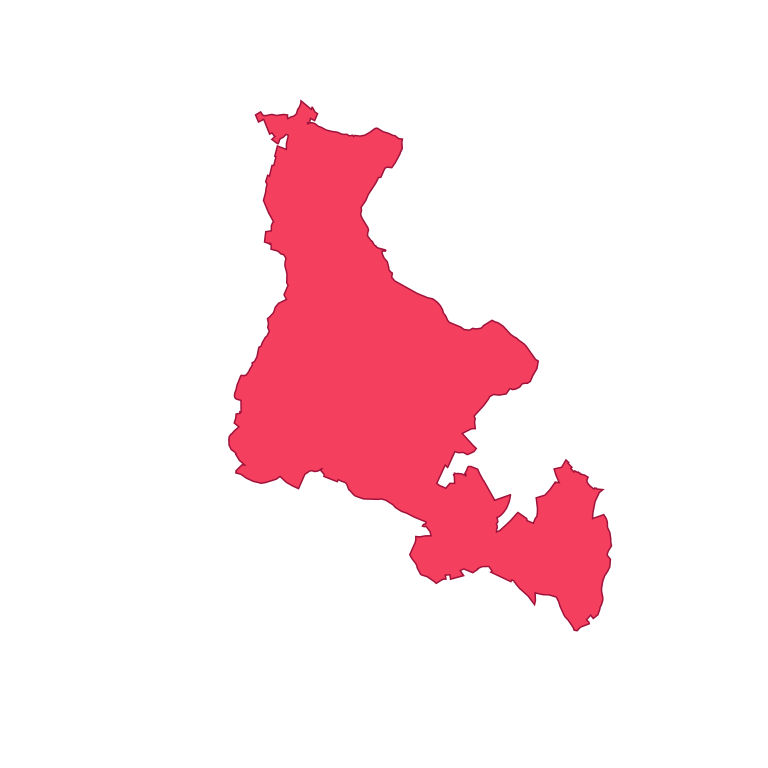 outline of Band, Mures, Romania, rotated 160°
{"feature_id": "2599482B93792228278876", "entity_name": "Band", "entity_type": "district", "adm_level": 2, "iso_a3": "ROU", "parent_name": "Romania", "parent_adm1": "Mures", "projection": "orthographic", "projection_center": [24.34, 46.58], "detail": "fine", "context": "isolated", "style": "filled", "palette": "rose", "viewbox_px": 768, "rotation_deg": 160, "n_neighbors": 0, "source": "geoboundaries", "source_scale": "gbopen_adm2", "svg_char_len": 6158}
<svg xmlns="http://www.w3.org/2000/svg" viewBox="0 0 768 768"><g transform="rotate(160 384 384)"><path d="M412.3,673.1L406.5,673.8L406.0,657.9L403.3,658.2L402.4,654.8L401.8,653.9L405.8,652.2L402.1,646.6L401.5,646.0L400.8,646.4L398.0,649.8L394.1,650.4L390.7,651.9L389.2,651.0L389.1,650.0L393.5,643.2L395.5,637.8L402.8,644.1L408.8,635.3L407.9,634.4L412.8,627.1L414.5,627.7L420.5,618.6L421.9,619.9L426.1,614.4L425.4,611.9L427.7,608.5L429.7,604.6L434.5,597.7L433.9,584.2L432.3,574.3L433.2,573.9L435.6,571.5L437.5,566.5L443.0,567.6L447.7,558.3L444.9,556.0L443.2,555.2L443.8,554.7L443.6,554.4L442.4,554.3L443.1,551.3L444.1,549.3L438.8,545.6L437.6,544.1L436.4,541.5L434.1,539.9L433.1,535.8L435.4,532.1L436.8,528.5L437.1,523.8L437.8,519.8L440.8,512.5L440.4,509.6L447.4,502.1L446.7,496.8L455.5,495.9L459.8,493.4L463.1,489.2L464.2,488.4L468.7,486.1L471.1,485.3L472.0,480.0L473.8,477.2L473.9,474.7L473.6,473.1L477.3,469.3L479.6,468.4L484.2,464.5L486.7,461.5L488.7,461.4L489.6,460.4L494.1,453.0L498.0,449.4L500.7,449.0L501.1,447.3L501.7,446.4L505.3,443.6L506.7,442.0L510.4,439.6L512.9,439.8L515.2,441.0L516.4,440.0L522.4,433.3L525.0,429.3L527.5,426.3L528.5,424.3L528.8,422.0L527.8,420.2L524.0,417.5L527.8,406.7L528.9,407.3L529.3,405.7L533.2,406.4L535.1,402.5L538.1,398.6L535.0,393.4L540.8,391.1L544.8,388.9L545.0,389.1L547.3,387.6L548.7,385.1L550.5,379.5L550.0,374.7L547.3,370.7L546.9,369.1L547.4,368.9L546.0,361.7L542.7,355.6L545.1,356.6L552.7,353.1L553.6,351.1L549.4,348.2L545.5,342.6L540.2,337.3L533.3,332.7L528.9,331.9L517.8,331.4L513.3,332.7L509.4,325.0L504.6,319.3L500.1,314.9L489.3,326.2L483.1,327.7L481.2,327.0L479.0,325.4L475.4,324.8L471.5,325.7L471.2,325.5L473.1,324.6L471.1,319.5L472.1,317.7L461.3,308.2L459.6,309.7L457.1,307.1L454.2,304.8L453.3,302.6L453.2,296.6L452.4,295.5L450.4,290.4L449.3,288.6L442.5,283.0L428.9,277.6L425.6,276.8L422.1,274.2L417.1,267.8L415.3,263.7L411.1,258.3L407.0,255.0L401.1,248.6L391.6,239.9L392.3,238.7L393.0,238.2L394.0,238.7L395.4,238.2L396.5,237.3L395.0,236.2L393.1,235.7L391.2,229.5L391.7,225.3L397.3,227.2L402.6,228.1L406.3,229.8L407.2,227.1L408.8,224.5L418.2,214.8L417.4,210.0L415.6,204.6L415.3,201.8L415.7,200.2L414.7,192.9L414.2,191.9L409.4,188.2L404.7,181.7L403.1,178.8L395.5,180.4L392.5,179.5L391.8,183.4L387.3,182.2L388.2,177.8L374.7,176.7L376.2,182.7L372.3,182.9L365.1,176.3L359.2,177.8L359.2,178.4L355.5,178.8L353.9,178.7L348.4,176.9L347.9,176.6L346.4,171.4L348.0,170.7L332.4,154.9L330.8,156.2L329.3,154.5L328.4,150.8L326.5,145.6L321.1,135.5L318.0,125.2L315.7,128.9L313.5,136.0L306.5,131.6L301.0,129.4L294.9,124.8L294.3,119.2L294.6,115.0L293.9,105.7L293.5,103.4L291.7,99.1L290.0,92.6L289.5,89.8L289.5,87.6L286.9,86.1L282.6,88.3L273.1,88.5L272.9,90.0L274.3,93.2L268.9,96.1L267.6,92.1L261.9,94.0L258.4,98.3L257.4,100.1L255.3,102.1L252.3,106.1L251.4,108.6L250.5,114.6L249.6,117.3L246.0,123.7L242.3,128.3L238.1,131.3L234.3,135.0L231.2,141.8L232.7,146.4L232.6,147.5L230.2,150.5L225.6,154.1L225.0,157.8L223.8,161.3L222.6,167.1L223.0,172.9L221.3,178.1L221.2,181.7L222.2,186.1L234.0,186.2L231.9,191.2L225.9,201.3L218.8,208.4L214.4,209.9L219.9,212.5L219.9,213.2L221.5,214.2L222.4,213.5L222.9,213.8L225.2,217.6L226.2,220.0L226.7,222.3L226.1,224.4L224.1,226.6L226.7,229.8L230.0,232.0L229.7,232.2L231.6,234.8L232.2,234.5L234.4,237.1L235.5,236.3L237.4,240.7L235.9,241.4L238.2,246.6L237.3,247.0L239.0,250.4L245.5,245.0L253.2,246.0L253.6,240.0L253.1,231.3L256.3,233.1L256.3,232.6L256.6,232.3L257.1,232.9L264.6,227.7L270.9,224.5L279.9,225.0L282.3,214.7L283.9,210.6L285.7,207.2L287.7,206.1L291.3,202.1L296.4,206.8L296.1,207.1L296.0,208.9L302.1,217.5L312.3,212.1L318.6,209.4L325.2,206.7L328.9,206.4L327.7,209.4L326.8,209.9L326.1,212.7L326.2,214.3L324.1,215.5L323.5,220.0L321.8,219.9L319.0,220.7L315.6,222.4L311.3,225.4L306.6,230.6L303.1,236.3L303.1,236.7L320.0,236.9L319.9,238.0L323.3,258.8L323.8,260.3L324.8,266.9L325.1,271.9L330.6,276.8L332.8,277.6L334.1,276.9L335.5,275.0L338.7,272.1L337.8,270.9L338.6,269.8L341.7,272.9L345.5,274.8L346.3,274.8L348.3,276.1L348.7,275.0L349.7,275.0L349.6,272.9L351.6,266.5L356.1,268.1L361.6,264.9L364.9,268.2L365.8,268.7L368.5,272.5L354.2,286.9L352.8,283.8L352.5,284.0L340.5,296.2L337.6,294.0L332.8,292.5L330.1,289.4L329.4,289.1L322.6,289.7L319.3,291.8L321.6,296.5L327.4,310.8L316.9,312.0L313.5,310.8L311.9,317.3L310.1,320.3L310.3,323.0L297.1,330.0L290.9,334.2L289.0,336.0L284.6,336.7L279.7,334.2L272.6,332.9L267.3,336.6L265.1,334.8L262.0,334.2L257.5,334.7L254.2,336.9L251.3,336.5L249.0,335.6L245.6,336.4L241.3,341.0L235.0,346.2L231.2,352.8L233.2,355.2L237.5,371.0L238.7,373.7L242.3,379.0L244.0,382.2L245.4,383.5L248.0,387.3L252.2,397.4L255.4,401.9L257.0,403.5L257.9,403.9L260.7,406.9L270.4,404.9L272.7,403.5L273.9,403.3L278.3,404.1L281.7,406.0L285.2,405.3L290.2,407.9L292.2,411.0L301.4,419.5L302.4,421.9L302.7,426.6L303.9,430.6L303.6,433.7L304.2,437.9L305.5,441.7L307.8,445.6L309.3,447.5L313.5,450.1L322.0,457.9L338.6,477.1L340.1,481.1L340.1,481.9L338.2,485.4L339.5,487.2L340.3,489.9L339.7,491.9L339.1,497.8L340.8,502.1L341.1,506.7L340.8,508.4L340.0,509.6L337.4,508.4L336.7,508.8L336.8,509.4L337.5,510.0L342.6,513.5L344.3,515.2L344.3,516.3L345.6,517.8L346.2,521.9L347.3,523.6L348.8,528.7L347.7,531.5L345.9,533.9L345.8,534.8L345.7,536.6L347.8,546.6L348.0,549.8L347.8,551.7L345.7,555.0L345.1,557.8L338.3,562.7L333.9,567.5L323.4,575.3L320.3,578.1L318.8,579.9L316.3,579.3L309.7,586.1L308.7,586.6L306.8,586.7L302.7,584.6L297.7,588.1L290.2,594.8L289.8,595.6L286.3,599.0L284.5,605.2L282.9,607.8L286.2,609.5L288.7,613.5L290.5,614.5L293.9,617.9L298.5,621.4L303.0,626.8L305.1,627.2L310.9,625.4L317.0,624.4L321.9,625.2L326.3,627.5L328.0,627.0L328.2,628.4L331.8,629.1L333.3,631.2L337.6,632.8L341.9,636.7L346.5,639.1L351.4,642.4L355.2,646.7L357.6,648.6L359.7,652.1L361.6,653.7L363.0,654.4L365.3,654.7L366.5,654.4L366.7,655.4L366.3,655.7L364.5,655.1L362.2,658.7L359.1,655.2L354.0,660.7L355.9,663.4L356.5,667.9L356.9,668.6L358.4,666.9L365.1,678.5L366.6,675.6L368.8,673.2L371.1,671.6L374.1,667.7L376.9,666.6L380.3,666.8L383.6,666.2L383.8,666.4L382.6,669.8L386.3,671.7L393.2,673.1L397.2,675.7L403.6,676.7L405.8,677.8L406.9,681.9L412.7,680.8L412.3,673.1Z" fill="#f43f5e" stroke="#9f1239" stroke-width="1.5"/></g></svg>